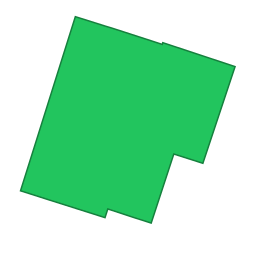 the district of Cedar, Missouri, United States of America, rotated 106°
{"feature_id": "52423323B54382841940119", "entity_name": "Cedar", "entity_type": "district", "adm_level": 2, "iso_a3": "USA", "parent_name": "United States of America", "parent_adm1": "Missouri", "projection": "equal_earth", "projection_center": [-93.826, 37.737], "detail": "fine", "context": "isolated", "style": "filled", "palette": "green", "viewbox_px": 256, "rotation_deg": 106, "n_neighbors": 0, "source": "geoboundaries", "source_scale": "gbopen_adm2", "svg_char_len": 340}
<svg xmlns="http://www.w3.org/2000/svg" viewBox="0 0 256 256"><g transform="rotate(106 128 128)"><path d="M218.0,214.0L218.9,183.5L220.5,125.4L211.4,125.1L212.5,96.4L213.0,79.5L140.4,76.8L141.3,46.3L39.5,42.0L36.4,118.1L38.2,118.1L36.4,171.2L36.3,178.8L35.5,209.3L218.0,214.0Z" fill="#22c55e" stroke="#15803d" stroke-width="1.5"/></g></svg>